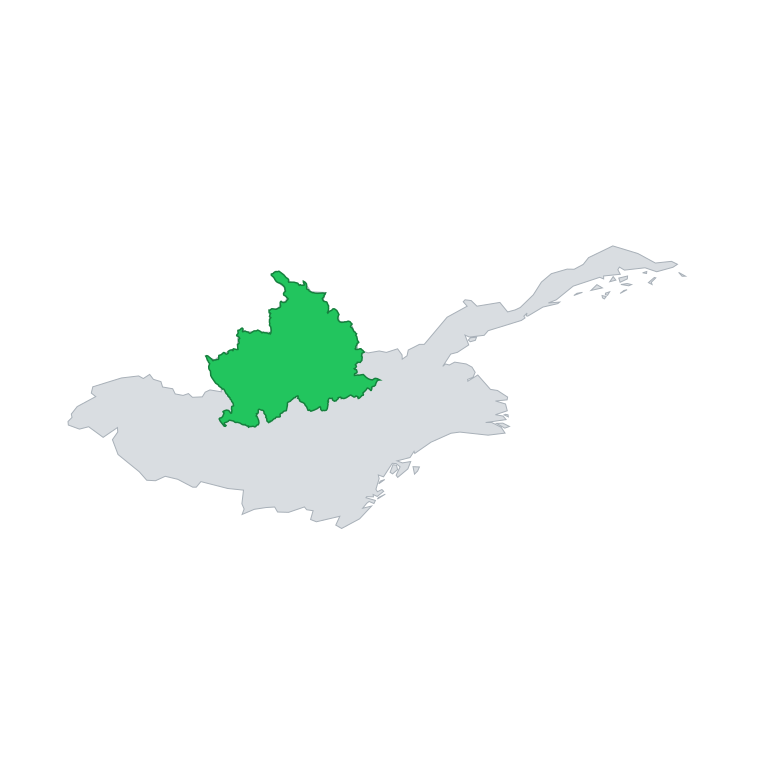 Shan highlighted on a map of Myanmar, rotated 258°
{"feature_id": "MMR-3277", "entity_name": "Shan", "entity_type": "State", "adm_level": 1, "iso_a3": "MMR", "parent_name": "Myanmar", "parent_adm1": "", "projection": "robinson", "projection_center": [97.631, 21.717], "detail": "fine", "context": "in_parent", "style": "filled", "palette": "green", "viewbox_px": 768, "rotation_deg": 258, "n_neighbors": 0, "source": "natural_earth", "source_scale": "10m", "svg_char_len": 9828}
<svg xmlns="http://www.w3.org/2000/svg" viewBox="0 0 768 768"><g transform="rotate(258 384 384)"><path d="M485.7,345.8L478.9,342.1L473.9,345.5L466.1,344.2L467.0,351.4L462.6,353.9L454.8,353.2L450.2,364.3L434.0,367.1L423.5,365.1L417.7,374.9L417.3,386.2L414.4,392.9L415.6,404.6L408.7,407.7L404.5,407.0L406.8,412.4L412.2,414.8L415.4,426.9L414.4,431.6L436.2,459.6L442.8,481.5L448.0,478.6L449.5,480.8L447.5,486.6L440.8,491.1L439.7,514.3L428.8,519.9L429.2,527.7L430.5,533.2L440.2,548.6L451.0,559.2L457.1,570.6L458.3,587.0L456.7,593.9L459.6,603.8L465.1,610.4L471.5,636.5L458.8,659.5L445.9,674.6L444.2,690.7L440.1,695.9L438.1,690.9L437.1,674.1L443.4,663.5L445.4,642.9L449.4,638.6L447.2,636.5L442.2,637.9L444.0,621.3L441.1,620.7L443.5,617.2L440.4,589.4L430.5,570.0L429.1,561.6L427.6,572.9L426.5,570.7L426.2,555.4L420.5,538.7L421.1,537.2L423.7,538.7L421.3,534.9L419.3,535.7L417.6,531.6L414.5,497.0L410.8,492.1L412.2,477.2L415.0,473.4L404.6,475.0L399.7,462.4L399.4,455.5L389.0,445.1L390.8,448.3L389.0,451.8L390.7,457.7L386.5,468.6L382.2,473.6L376.5,475.6L372.1,472.5L371.1,466.7L369.3,466.6L373.3,477.6L356.6,487.0L354.1,493.6L345.5,502.2L342.9,501.1L344.2,489.5L339.2,498.7L332.2,499.0L330.8,486.6L327.9,493.8L323.8,496.0L325.2,475.4L324.0,481.3L317.3,489.6L310.8,492.2L312.3,475.2L321.2,448.2L321.9,439.3L317.3,417.8L309.7,399.7L311.9,399.4L306.7,394.2L306.1,380.8L303.0,385.6L302.6,394.0L296.0,389.7L289.8,378.0L292.3,376.9L299.6,382.5L303.6,379.4L304.7,375.6L293.3,364.2L296.2,359.5L292.5,359.6L282.7,354.2L280.0,355.2L281.2,360.0L279.1,361.4L275.4,354.0L278.2,350.4L275.8,350.2L277.4,343.7L276.5,342.7L271.9,351.4L269.2,349.3L272.2,345.0L271.0,342.4L266.9,337.3L267.2,346.5L257.2,332.1L251.5,312.5L256.0,307.5L263.8,313.3L263.3,289.2L266.7,284.0L274.8,288.3L277.1,282.2L280.3,280.6L278.3,264.0L280.9,253.3L286.4,251.5L287.7,242.8L288.4,231.1L285.9,218.1L290.8,221.2L296.4,220.1L309.4,224.5L314.3,209.4L326.6,184.6L322.1,178.9L322.9,175.4L333.7,162.4L339.2,150.8L336.9,140.4L339.2,131.9L349.0,126.4L370.3,109.2L386.0,106.8L392.4,113.6L396.8,114.2L390.2,98.2L403.6,86.2L403.2,76.7L409.5,66.7L413.0,67.1L416.2,71.9L419.6,71.9L425.7,79.2L431.6,99.4L436.0,95.8L441.8,98.6L444.5,128.4L442.9,145.7L439.4,149.7L442.1,156.8L436.5,159.4L432.7,166.3L427.1,166.8L423.3,176.3L417.7,177.7L414.6,185.1L415.3,190.7L410.8,193.9L409.2,203.6L413.2,207.4L414.4,212.5L410.2,223.3L413.8,223.8L429.2,216.5L440.1,217.9L447.5,216.2L442.8,223.5L447.4,233.1L448.4,247.9L464.7,252.0L467.3,255.8L463.7,260.3L458.1,284.1L479.5,287.5L480.2,296.6L484.8,300.0L485.4,305.1L488.3,306.7L499.8,306.4L506.6,300.2L515.2,297.4L515.8,302.7L513.8,306.5L504.3,311.8L497.9,322.8L497.5,325.2L500.4,327.3L489.4,331.7L485.7,345.8ZM296.4,371.6L303.2,376.0L301.9,379.3L297.5,379.5L294.3,373.7L296.4,371.6ZM432.5,605.9L436.9,612.9L432.6,617.6L432.5,605.9ZM295.5,401.4L291.9,398.8L289.5,395.1L297.1,395.2L295.5,401.4ZM438.8,635.7L439.0,644.7L436.2,643.8L434.4,636.1L438.8,635.7ZM321.0,492.1L316.4,497.9L315.7,493.0L322.1,485.8L321.0,492.1ZM410.5,484.2L407.7,482.4L407.4,477.1L409.5,475.6L411.2,478.2L410.5,484.2ZM429.8,646.8L429.2,643.8L432.1,636.4L431.7,642.8L429.8,646.8ZM428.2,663.7L432.0,670.6L431.3,671.9L427.9,666.6L425.6,666.9L428.2,663.7ZM441.4,630.5L437.4,632.4L437.1,626.1L441.4,630.5ZM431.9,695.4L426.8,701.3L427.4,698.0L431.9,695.4ZM274.1,355.0L276.0,362.4L272.8,353.6L274.1,355.0ZM432.6,591.6L432.4,597.2L431.1,588.1L432.6,591.6ZM289.8,360.2L290.4,364.9L287.5,358.2L289.8,360.2ZM427.3,623.9L424.3,621.1L425.3,619.1L426.8,619.5L427.3,623.9ZM425.2,615.7L423.3,619.5L421.4,617.2L422.9,615.6L425.2,615.7ZM425.6,638.1L425.7,641.4L423.5,633.8L425.6,638.1ZM328.1,498.9L326.0,498.8L328.8,495.1L329.1,496.5L328.1,498.9ZM439.4,664.4L437.5,663.8L439.0,660.1L439.4,664.4Z" fill="#d9dde1" stroke="#a8b0b8" stroke-width="1"/><path d="M482.0,343.5L481.1,342.6L480.9,342.0L480.4,341.4L478.5,341.7L477.3,342.4L476.3,344.7L475.8,345.2L473.5,345.5L471.8,346.1L470.8,345.6L469.7,345.6L467.4,344.8L465.6,343.5L465.0,343.8L466.4,345.6L467.0,348.2L467.9,349.3L468.1,349.9L467.7,351.3L465.7,353.1L461.3,354.4L459.6,353.1L457.9,352.4L456.1,352.5L454.8,353.1L453.7,354.0L453.1,355.2L452.8,357.5L453.0,358.8L452.6,359.7L452.9,361.8L452.7,362.6L451.9,363.8L450.7,364.3L449.7,365.1L449.2,365.2L448.3,363.9L446.9,363.1L445.2,364.6L441.5,365.5L440.8,366.5L439.3,367.0L438.8,367.6L437.5,366.5L436.1,367.2L432.2,367.1L430.1,368.0L429.6,367.6L429.4,366.2L428.2,365.7L426.4,364.1L425.2,364.1L424.4,363.1L423.8,363.3L423.6,363.7L423.2,366.0L423.5,367.8L423.3,368.8L422.5,369.0L421.5,370.1L419.7,371.1L419.2,371.2L418.7,369.0L418.3,368.6L417.1,368.4L415.9,367.8L415.0,368.3L411.6,367.2L410.9,366.1L410.1,365.3L410.8,362.4L409.9,361.9L408.9,360.0L408.4,360.0L407.5,360.6L406.7,360.6L405.1,358.6L405.1,358.1L404.4,358.4L403.6,360.0L401.3,360.2L400.5,359.5L400.2,357.5L399.3,357.0L398.5,356.9L398.2,360.6L397.8,361.1L397.7,364.7L397.5,365.8L394.3,367.9L392.7,369.4L391.7,370.7L391.0,371.9L390.4,373.6L391.3,375.8L391.3,376.8L390.6,378.5L388.8,380.8L389.0,379.2L388.3,377.7L385.9,375.9L384.7,375.4L383.8,373.7L384.0,372.8L383.3,371.2L381.9,371.1L380.4,370.2L380.5,369.6L382.2,368.8L382.6,368.1L383.3,367.5L383.5,366.9L383.3,366.5L382.3,365.7L380.7,363.4L379.8,361.7L379.0,361.5L378.1,361.7L377.4,361.4L377.3,360.0L375.7,357.7L375.1,356.3L375.2,355.8L375.8,355.9L376.2,355.6L376.8,355.9L377.3,355.4L378.1,354.1L377.6,353.5L377.4,352.0L380.1,349.2L380.1,348.6L378.4,344.1L378.1,342.1L378.3,341.0L378.8,340.3L378.7,339.2L379.7,339.2L380.2,338.8L380.2,336.5L380.1,336.3L379.6,336.4L378.9,335.8L378.2,334.4L377.6,333.8L377.4,333.4L377.7,332.6L377.5,331.9L379.0,330.4L380.8,330.4L380.9,328.8L381.4,328.1L381.4,327.6L380.7,326.5L379.9,326.4L379.0,325.4L378.1,326.0L376.7,324.9L375.7,325.0L371.7,323.4L370.4,322.2L370.3,320.5L370.8,319.2L370.7,317.9L371.2,317.4L372.6,316.8L373.4,317.0L374.6,317.0L375.1,316.7L374.6,315.1L373.9,314.0L373.0,310.2L372.6,306.8L374.1,305.7L373.8,305.1L374.1,304.2L377.7,303.6L379.9,302.4L381.3,302.2L382.5,301.1L383.9,299.0L384.9,298.1L385.2,297.9L385.9,298.2L387.3,297.6L388.0,296.6L389.1,297.4L390.0,297.5L390.3,297.2L389.9,295.0L389.2,294.4L389.1,292.7L388.2,291.5L387.6,290.1L386.7,288.9L386.1,286.2L385.8,285.8L385.3,285.5L383.6,285.2L378.4,283.0L378.2,282.7L378.3,280.8L377.8,279.6L377.0,278.8L376.7,277.0L376.0,276.0L373.7,275.7L373.5,274.9L374.0,271.8L373.6,271.0L372.9,270.5L372.8,269.0L371.2,266.5L371.2,264.9L370.7,264.9L370.6,264.0L370.2,263.2L372.2,261.8L374.5,262.1L376.2,261.4L376.9,261.9L378.1,261.8L380.2,260.6L382.0,260.8L382.9,260.5L383.6,259.8L383.8,258.9L385.3,256.6L385.0,255.8L384.2,255.4L382.5,255.2L381.5,254.5L381.5,253.1L380.5,253.3L379.3,252.3L378.4,253.1L374.4,253.8L371.9,253.6L370.5,252.7L370.2,252.3L370.4,251.8L370.1,251.0L369.0,249.5L368.9,248.7L369.9,247.1L370.0,245.0L370.3,243.9L369.9,242.5L370.3,242.4L370.8,242.8L371.1,242.7L371.3,242.3L371.2,241.7L371.6,241.1L372.6,240.0L373.3,239.7L373.0,238.6L373.6,238.0L373.7,237.1L375.9,234.8L377.0,232.6L377.2,230.9L377.9,229.9L379.0,229.2L380.7,225.5L380.6,224.7L379.9,223.8L379.4,222.0L379.2,220.0L378.6,219.5L377.7,219.6L376.3,220.9L375.7,220.3L375.6,219.8L376.0,218.9L381.6,216.1L384.1,215.5L384.8,216.3L384.8,217.9L385.7,219.4L388.8,221.5L390.3,220.7L390.7,221.2L391.1,222.8L391.2,224.6L390.5,226.3L389.8,226.9L387.2,228.1L387.3,228.8L390.1,229.8L391.1,229.6L393.5,230.3L393.7,230.5L393.8,231.6L394.0,232.3L396.5,232.4L398.7,231.4L400.3,231.2L401.3,230.4L402.7,230.4L403.2,229.7L403.7,229.8L404.7,228.8L406.0,228.8L407.5,227.6L411.8,226.5L412.5,226.0L412.7,225.4L412.6,224.8L414.1,224.2L416.2,222.1L417.6,221.7L419.8,219.5L426.1,216.9L428.3,216.3L432.7,216.9L434.6,216.0L435.7,215.9L437.7,216.2L440.1,217.7L441.8,216.9L443.0,216.7L444.0,216.2L447.0,215.9L448.4,215.4L448.6,216.4L448.1,217.5L444.0,220.7L442.4,221.4L442.3,221.6L442.8,222.5L442.5,223.6L442.7,226.6L442.5,227.2L443.1,227.6L445.8,228.2L446.3,228.5L446.5,230.8L448.1,233.6L447.9,234.3L446.4,235.4L445.9,236.2L446.5,238.0L446.8,238.2L447.9,238.0L448.4,238.5L449.1,240.5L449.1,241.8L448.9,242.5L448.1,243.0L448.1,243.3L449.3,243.4L449.7,244.2L448.3,247.1L448.2,248.3L453.2,248.9L453.5,250.0L454.0,250.6L454.6,250.9L456.2,250.8L458.1,251.1L458.3,252.1L458.7,252.4L460.8,251.4L461.6,250.1L462.2,250.0L462.7,250.3L463.6,251.6L464.2,252.0L466.4,252.1L466.9,252.4L466.8,254.0L468.1,256.1L468.2,256.9L467.5,257.5L466.6,257.4L465.0,256.5L464.5,256.7L464.6,259.2L463.5,260.7L463.0,262.0L461.5,263.1L461.5,263.9L462.9,267.7L462.9,268.4L462.5,270.3L463.0,271.6L462.6,272.3L460.8,274.4L459.6,275.0L459.4,275.5L459.7,276.0L459.6,276.8L458.9,277.9L458.3,280.1L457.3,281.5L457.1,282.1L457.6,282.7L456.7,283.2L457.4,283.9L459.9,284.9L463.2,285.1L465.4,284.2L466.9,284.9L468.3,284.8L471.1,285.5L472.0,286.8L472.6,287.1L473.2,286.3L473.8,286.0L476.0,287.2L476.6,287.8L477.2,287.5L477.4,286.6L478.0,286.5L480.2,286.9L480.0,287.8L480.9,289.7L480.6,291.0L479.6,293.5L479.5,294.3L480.1,296.0L480.5,297.9L480.8,298.5L481.8,299.1L484.4,299.2L485.5,299.5L486.2,300.2L486.2,300.7L485.4,301.1L484.8,302.1L484.5,303.2L484.6,304.5L484.8,305.2L485.8,306.1L486.8,307.6L487.5,307.9L489.2,306.7L490.5,306.0L491.6,304.6L492.0,304.4L493.3,304.5L493.7,304.8L494.6,305.6L495.0,306.7L495.4,307.0L496.6,306.8L498.8,307.0L500.3,306.5L502.7,304.9L504.3,303.1L505.4,301.2L506.5,300.1L507.8,299.4L511.2,298.3L513.8,296.4L514.9,296.6L515.2,298.8L515.8,299.4L516.4,300.8L516.3,301.3L516.5,301.7L516.0,303.1L516.2,304.3L516.1,304.8L511.6,308.7L508.4,310.4L507.1,311.8L506.0,312.3L505.3,312.4L504.3,311.8L503.4,311.9L502.3,317.1L500.5,320.6L498.1,321.6L498.5,322.8L497.7,323.6L497.3,325.7L497.3,326.4L497.8,326.8L500.4,326.3L501.3,326.5L499.7,328.2L497.9,329.0L493.4,328.2L492.8,328.3L491.8,329.8L490.6,330.2L488.3,332.8L488.1,333.8L487.2,335.4L486.5,337.9L485.7,343.3L485.1,344.2L485.1,345.7L483.8,344.8L483.2,343.8L482.0,343.5Z" fill="#22c55e" stroke="#15803d" stroke-width="1.5"/></g></svg>